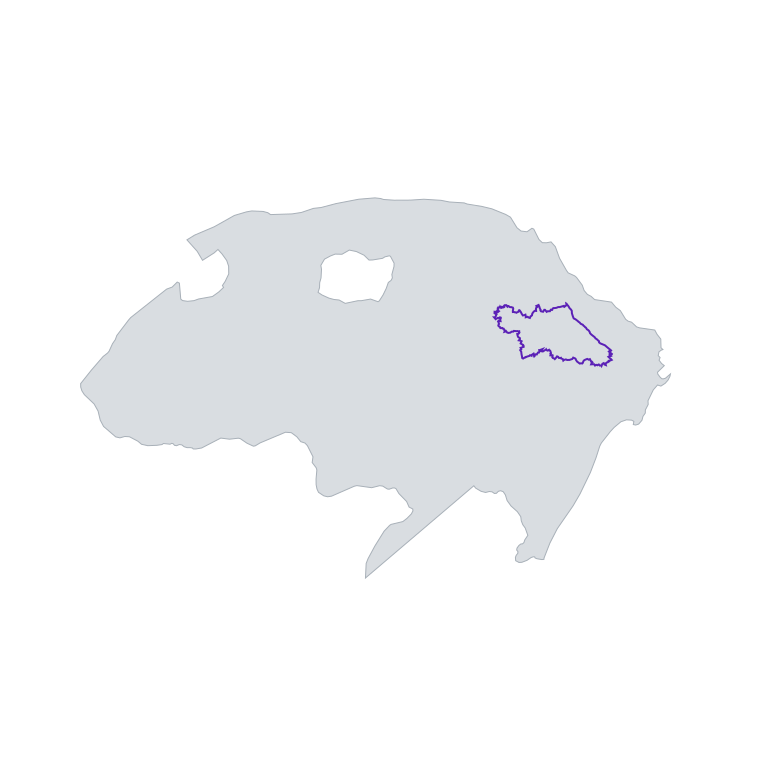 location of Central Karoo, Western Cape, South Africa, rotated 230°
{"feature_id": "47623444B66747201173997", "entity_name": "Central Karoo", "entity_type": "district", "adm_level": 2, "iso_a3": "ZAF", "parent_name": "South Africa", "parent_adm1": "Western Cape", "projection": "equal_earth", "projection_center": [22.176, -32.556], "detail": "fine", "context": "in_parent", "style": "outline", "palette": "violet", "viewbox_px": 768, "rotation_deg": 230, "n_neighbors": 0, "source": "geoboundaries", "source_scale": "gbopen_adm2", "svg_char_len": 9157}
<svg xmlns="http://www.w3.org/2000/svg" viewBox="0 0 768 768"><g transform="rotate(230 384 384)"><path d="M515.9,144.5L531.7,141.9L538.7,143.4L547.1,147.6L555.0,149.1L568.4,147.6L573.0,148.2L576.6,149.7L579.3,151.9L582.7,168.6L585.6,186.5L585.4,192.2L585.8,194.4L589.4,202.0L590.7,206.7L592.9,210.5L597.2,229.5L597.7,232.8L596.4,278.5L594.4,284.0L595.0,291.1L592.8,292.1L579.7,282.9L577.4,283.3L573.6,286.7L570.0,292.0L568.3,296.6L561.3,308.8L560.7,316.6L561.1,323.2L563.3,323.5L564.7,328.3L568.1,335.8L574.1,340.7L579.7,342.9L587.5,343.5L593.8,343.3L593.6,338.2L595.4,324.5L605.7,326.2L621.1,325.7L619.8,334.6L613.6,354.9L609.3,377.7L604.3,389.2L601.6,393.9L593.9,402.3L589.9,405.1L586.7,406.0L573.4,422.9L568.5,431.0L563.9,442.8L559.6,449.3L553.1,463.1L541.8,483.4L532.4,496.7L528.3,500.6L525.6,502.3L518.2,510.0L507.9,522.4L499.9,533.3L488.1,545.7L481.4,551.1L471.2,561.8L468.4,563.4L457.0,573.2L448.9,579.2L435.7,586.2L430.5,588.1L418.2,586.3L413.1,587.3L408.7,591.4L408.2,597.4L406.4,598.3L395.1,595.6L390.5,596.1L387.7,599.3L385.5,603.3L379.0,603.5L367.5,599.3L353.9,596.8L350.8,596.5L344.2,599.6L341.9,600.0L332.3,599.4L327.0,597.4L321.9,597.4L318.0,599.0L313.3,599.6L300.5,610.9L293.9,610.9L288.3,612.2L278.2,610.7L275.2,611.4L272.2,613.4L265.4,614.2L262.7,615.9L251.3,626.1L246.5,625.1L240.5,624.9L233.7,619.5L231.1,619.8L231.7,618.2L231.9,615.3L229.5,612.3L226.8,612.5L225.4,610.0L221.3,609.8L217.9,610.5L217.2,601.1L215.6,600.1L211.5,599.9L209.5,600.2L208.5,601.1L207.5,603.3L207.6,609.9L206.1,608.0L204.4,604.0L203.8,599.8L204.4,594.8L207.4,592.9L206.4,586.5L201.5,575.5L198.5,573.2L196.1,567.5L193.8,565.5L192.7,561.5L190.4,558.3L189.6,553.3L190.8,550.4L192.7,548.9L194.8,551.4L197.2,550.4L200.7,546.7L202.8,541.2L202.8,532.4L202.1,526.9L199.1,512.6L197.7,509.3L191.2,499.0L183.6,485.3L173.8,463.5L169.1,450.4L161.8,423.8L155.5,408.8L147.8,394.7L146.9,393.8L148.0,392.1L151.9,388.8L153.7,387.9L154.7,388.3L155.6,387.4L156.5,385.2L157.0,380.2L158.8,375.0L160.5,372.7L164.0,371.3L166.7,373.2L167.8,375.2L168.3,377.7L169.6,378.9L171.5,378.9L172.8,380.4L173.6,383.6L173.5,386.0L172.5,387.4L172.6,389.3L174.1,391.7L175.6,396.9L182.9,399.6L187.0,399.9L190.9,401.2L194.5,403.5L200.5,404.1L208.8,402.9L215.6,403.4L221.0,405.7L224.9,406.1L227.3,404.7L228.3,402.6L228.0,399.9L229.2,398.2L231.9,397.5L234.0,395.5L235.6,392.1L239.4,389.4L245.3,387.3L248.3,387.4L247.3,245.1L258.0,255.0L260.5,259.6L265.8,273.0L271.2,289.5L272.1,297.4L271.9,299.2L266.5,310.0L266.3,315.3L266.9,321.5L268.2,324.6L269.8,325.7L273.6,324.1L279.4,325.8L290.5,325.0L296.0,325.9L297.4,325.4L298.7,324.0L300.1,320.3L301.4,319.1L306.6,317.4L308.9,315.3L312.5,307.9L323.6,297.9L324.8,295.5L331.8,271.7L333.9,268.3L337.0,266.0L343.1,264.2L346.7,265.2L350.5,267.3L354.8,270.8L361.3,277.3L363.5,278.2L370.0,278.5L373.9,282.8L386.0,285.7L389.6,285.5L393.3,283.2L399.6,283.3L406.3,281.7L410.4,277.5L418.5,251.3L419.4,245.6L420.3,244.0L426.7,241.0L434.5,238.8L436.1,237.6L441.0,230.2L447.5,224.2L452.2,203.2L455.1,198.2L456.9,196.1L458.1,196.1L459.7,194.8L461.9,192.2L464.4,190.6L467.3,190.0L469.2,188.3L470.1,185.4L471.7,184.1L473.8,184.1L475.0,183.2L475.4,181.4L480.2,176.8L480.3,175.0L483.1,170.5L488.6,163.4L493.7,159.5L498.4,158.7L507.2,155.1L510.4,151.7L512.5,147.1L515.9,144.5ZM495.5,451.5L503.2,448.0L508.9,443.5L510.4,435.2L514.9,430.1L516.5,425.3L517.9,418.7L515.5,411.9L512.0,409.8L505.7,403.9L503.0,399.9L499.2,396.5L496.6,392.4L492.1,393.7L485.2,397.0L480.9,400.0L477.2,403.6L470.7,406.1L464.6,417.5L462.5,420.0L457.7,428.3L450.9,432.3L450.7,433.8L452.8,440.5L455.8,447.2L459.0,452.6L458.8,456.0L459.9,458.6L462.8,460.4L467.6,467.2L470.1,469.4L477.6,471.0L478.7,470.6L480.8,466.5L481.2,463.7L486.4,454.9L488.6,452.2L495.5,451.5Z" fill="#d9dde1" stroke="#a8b0b8" stroke-width="1"/><path d="M367.3,514.3L365.9,514.5L365.6,514.6L365.0,515.0L364.5,513.8L364.2,513.5L363.8,512.1L363.8,511.8L364.3,511.2L362.8,511.2L361.9,511.2L361.9,511.3L362.0,511.5L361.6,512.8L361.5,513.7L360.6,514.6L360.6,515.6L359.9,516.1L359.5,516.0L358.4,514.1L358.1,514.0L358.4,513.5L357.5,513.4L358.7,512.1L358.5,511.5L357.8,511.5L357.2,511.2L356.7,510.9L356.1,510.8L355.5,509.3L354.9,509.0L354.2,509.1L353.4,509.3L352.8,509.5L352.2,509.1L351.5,509.5L350.9,510.6L349.8,510.7L349.5,511.2L348.7,511.1L346.7,510.3L346.5,509.9L346.0,511.0L346.2,511.5L345.6,511.5L344.4,511.4L343.2,512.1L342.2,513.7L342.1,513.9L342.1,515.3L341.2,516.6L341.0,516.8L341.2,517.6L340.1,518.7L339.5,519.2L338.9,520.0L338.7,520.1L338.6,520.4L338.0,520.8L337.6,520.8L337.4,521.4L337.1,521.2L336.6,520.5L336.3,520.6L336.1,520.0L336.1,518.9L336.6,518.2L335.7,517.7L334.8,517.3L334.0,517.0L333.3,517.1L331.9,517.6L331.1,517.1L330.7,515.4L329.7,516.2L328.3,516.9L327.8,515.8L327.2,514.7L325.5,515.3L324.8,515.6L324.7,515.5L324.7,515.4L324.4,515.3L324.2,515.5L323.8,515.6L322.7,514.9L323.2,513.6L323.6,512.5L323.9,511.9L322.4,511.5L322.4,510.1L320.6,509.9L320.4,509.8L318.6,508.6L316.4,507.4L316.2,507.3L315.2,506.6L314.1,506.9L313.7,509.6L313.4,509.6L313.1,511.1L312.6,512.2L312.1,513.4L312.2,514.4L310.9,515.1L311.4,515.5L311.1,518.2L310.1,517.9L309.6,517.1L308.6,516.8L308.6,517.0L308.7,517.3L308.8,517.4L308.7,517.5L308.8,517.7L308.9,517.8L309.0,518.0L309.2,518.3L309.2,518.5L309.2,519.4L308.4,520.0L308.9,521.3L309.1,522.3L308.5,522.9L309.0,524.0L310.2,524.7L309.8,525.2L308.9,527.8L308.3,525.3L306.8,526.6L306.5,528.8L306.4,530.0L306.3,529.9L305.6,530.4L304.6,530.6L304.2,532.1L303.8,531.8L303.7,531.9L303.6,532.4L302.8,532.7L302.3,532.6L300.6,531.9L300.2,531.7L299.9,531.2L300.0,530.8L299.3,530.7L299.2,530.7L298.9,530.0L298.6,530.3L298.2,530.7L298.0,531.0L297.7,531.6L297.2,531.4L296.9,531.0L296.3,530.1L295.3,530.1L294.9,530.4L294.5,530.6L293.6,530.9L293.3,530.9L293.4,531.7L293.6,533.2L294.0,534.1L293.7,534.5L292.8,534.9L292.2,534.8L291.6,534.7L290.7,535.6L290.3,536.4L289.7,536.1L288.1,537.0L286.7,536.4L286.7,537.4L286.1,538.8L285.8,539.2L284.7,539.7L283.7,541.0L283.3,541.4L282.1,544.4L282.6,545.9L281.4,546.5L280.9,546.8L279.9,546.9L279.3,546.6L277.2,546.3L273.8,547.1L273.2,548.3L272.3,549.0L272.4,549.9L272.8,550.5L273.4,551.7L273.5,552.9L272.6,555.8L271.0,556.5L270.7,557.7L268.4,557.2L268.4,557.3L267.6,557.6L266.7,557.6L266.8,557.0L265.9,555.3L264.2,557.6L262.5,557.5L262.4,558.7L262.2,559.0L261.2,559.5L261.1,560.5L260.9,561.1L260.1,561.1L259.5,561.1L258.7,562.3L258.0,562.2L259.1,564.3L259.0,564.8L258.8,565.7L257.2,565.4L255.9,566.1L256.3,566.3L257.4,566.8L257.2,567.8L257.1,568.6L257.2,568.9L256.8,569.6L257.3,570.7L255.9,571.1L257.0,571.3L256.5,572.7L256.1,573.9L257.2,573.9L258.0,573.7L260.6,573.4L260.5,574.0L260.2,574.5L260.1,574.9L259.7,575.7L261.2,575.6L261.7,576.0L262.0,576.0L262.3,576.5L262.1,576.7L261.1,576.9L259.7,578.0L261.4,577.7L264.3,577.1L264.4,578.4L263.6,578.9L263.7,579.5L265.7,579.2L266.0,579.1L267.7,578.8L268.7,578.6L270.6,578.3L271.7,578.1L276.1,575.8L277.6,575.5L278.6,576.2L279.7,576.0L281.5,575.8L282.2,575.6L283.0,575.3L284.1,575.5L285.4,575.3L285.7,575.2L286.8,575.0L288.7,574.6L290.5,574.5L292.0,575.1L292.5,575.1L293.0,575.2L293.9,575.1L294.7,574.9L295.5,574.6L297.4,574.9L298.2,574.6L299.3,574.6L300.6,574.3L301.6,574.4L302.4,574.0L303.7,573.4L305.4,573.4L306.6,573.0L307.8,572.9L309.5,572.5L310.5,572.3L311.5,571.8L312.4,571.5L314.5,572.2L317.4,573.4L319.4,574.9L320.9,575.1L322.7,574.9L325.1,575.3L326.5,575.3L328.1,575.4L328.4,575.3L327.1,574.5L327.1,573.9L327.2,571.9L328.1,572.0L328.1,571.3L328.6,571.2L329.6,568.9L329.9,568.3L330.0,568.0L330.3,567.7L330.7,567.2L331.0,566.8L331.5,565.1L332.3,563.8L333.3,562.5L333.3,561.5L332.7,560.6L332.7,560.3L333.7,559.5L333.1,557.9L334.6,556.0L334.7,555.0L337.3,555.0L337.8,554.5L337.1,552.3L338.8,551.0L339.8,551.1L340.2,551.7L341.6,551.9L343.1,552.6L345.2,553.2L345.8,550.9L344.5,550.9L344.5,550.6L344.5,549.8L344.5,549.6L344.0,548.8L343.9,548.7L342.2,547.5L342.7,547.0L343.1,546.7L343.2,545.2L342.9,544.0L342.7,543.0L341.5,541.5L341.5,540.2L341.6,539.7L340.8,538.2L342.3,537.3L342.7,537.4L343.3,537.1L343.4,536.9L343.5,536.6L344.0,535.5L344.5,536.0L344.9,536.2L345.6,536.6L346.2,536.9L346.4,536.2L346.6,535.6L347.3,534.4L348.8,534.6L349.4,534.6L350.3,534.9L351.3,535.1L353.4,535.2L353.7,534.6L353.1,533.7L352.9,533.5L353.3,532.2L353.4,531.7L353.5,531.2L354.2,531.0L354.6,530.5L355.1,530.1L355.7,529.8L356.3,529.0L357.1,529.6L358.3,531.0L358.6,531.4L359.0,531.6L359.5,531.8L359.8,531.8L360.5,531.2L361.0,531.0L361.3,530.7L361.5,530.4L361.8,530.0L362.4,529.7L362.5,529.7L363.7,529.5L364.1,529.1L364.0,528.9L363.9,528.2L364.1,528.2L364.8,528.3L365.4,528.4L365.7,528.4L366.1,527.9L365.8,527.9L366.2,527.3L366.6,527.2L366.7,526.9L366.7,525.9L366.0,525.4L365.6,526.4L365.7,525.7L365.8,524.9L366.0,524.8L366.1,524.6L366.4,524.4L366.7,524.5L366.9,524.2L366.5,523.8L366.7,523.3L366.9,522.7L367.8,523.0L367.8,522.7L368.3,522.7L368.2,522.6L368.4,522.4L368.2,522.3L368.1,522.1L369.2,520.6L368.9,520.3L368.7,520.1L368.2,519.8L368.3,519.5L368.5,519.4L368.4,519.3L367.6,518.6L367.4,518.5L367.1,518.4L367.1,518.6L366.9,518.7L366.3,518.7L365.9,518.8L365.9,518.0L366.0,518.0L366.4,516.5L367.1,516.7L367.3,516.8L367.3,515.6L367.5,515.6L368.0,515.5L368.1,515.3L368.2,515.2L367.3,514.7L367.3,514.3Z" fill="none" stroke="#5b21b6" stroke-width="2"/></g></svg>